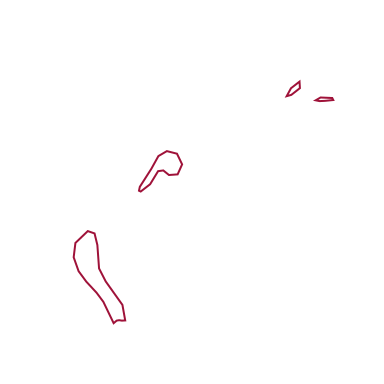 the border of South Caicos and East Caicos, rotated 211°
{"feature_id": "TCA-5006", "entity_name": "South Caicos and East Caicos", "entity_type": "state/province", "adm_level": 1, "iso_a3": "TCA", "parent_name": "Turks and Caicos Islands", "parent_adm1": "", "projection": "albers", "projection_center": [-71.559, 21.528], "detail": "fine", "context": "isolated", "style": "outline", "palette": "rose", "viewbox_px": 384, "rotation_deg": 211, "n_neighbors": 0, "source": "natural_earth", "source_scale": "10m", "svg_char_len": 693}
<svg xmlns="http://www.w3.org/2000/svg" viewBox="0 0 384 384"><g transform="rotate(211 192 192)"><path d="M232.3,78.6L219.9,70.9L193.5,59.4L183.1,47.5L185.9,45.6L188.4,44.6L190.3,43.0L191.6,39.2L211.4,52.2L221.9,56.5L236.4,60.7L248.4,65.7L259.8,75.1L265.7,88.3L261.2,104.8L254.2,106.3L245.8,97.8L232.3,78.6ZM238.1,165.8L239.4,169.6L238.8,190.9L239.3,205.5L234.6,214.1L224.6,217.1L214.7,210.6L213.4,199.7L220.5,194.7L227.7,195.7L231.8,192.4L231.9,177.1L236.2,166.0L238.1,165.8ZM156.9,326.4L160.2,322.9L160.6,331.9L156.7,342.0L153.0,336.6L156.9,326.4ZM125.0,338.6L129.5,335.6L133.2,334.3L130.5,339.2L120.2,344.8L118.3,343.6L125.0,338.6Z" fill="none" stroke="#9f1239" stroke-width="2"/></g></svg>